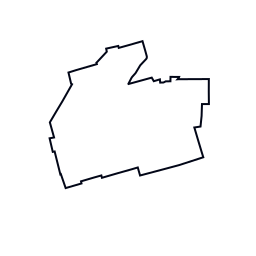 outline of San Vicente, Buenos Aires, Argentina, rotated 31°
{"feature_id": "61730980B97946268235834", "entity_name": "San Vicente", "entity_type": "district", "adm_level": 2, "iso_a3": "ARG", "parent_name": "Argentina", "parent_adm1": "Buenos Aires", "projection": "mercator", "projection_center": [-58.438, -35.081], "detail": "fine", "context": "isolated", "style": "outline", "palette": "ink", "viewbox_px": 256, "rotation_deg": 31, "n_neighbors": 0, "source": "geoboundaries", "source_scale": "gbopen_adm2", "svg_char_len": 1008}
<svg xmlns="http://www.w3.org/2000/svg" viewBox="0 0 256 256"><g transform="rotate(31 128 128)"><path d="M116.7,199.5L115.2,197.9L124.5,187.8L129.6,182.4L131.3,184.1L142.6,171.9L152.6,161.3L156.7,156.8L162.8,162.5L179.1,145.7L190.9,133.5L207.6,114.3L203.0,110.2L195.3,103.2L184.6,93.4L189.4,89.4L184.9,79.8L179.1,69.4L185.0,65.8L178.5,55.2L172.3,44.8L172.1,44.4L163.9,49.4L146.1,60.2L145.4,60.7L145.7,58.9L145.5,57.9L138.1,62.3L140.3,66.1L136.3,68.6L135.0,70.7L132.2,72.5L130.3,69.9L126.0,74.6L122.4,72.6L114.3,81.1L105.8,90.0L105.6,89.9L105.2,83.6L105.2,82.6L105.3,81.8L106.1,77.6L106.2,77.0L106.2,68.0L106.3,67.5L108.0,59.7L108.1,58.9L108.0,58.4L107.8,57.9L107.5,57.3L107.1,56.8L103.0,52.9L95.7,46.1L86.4,56.1L78.8,64.1L77.4,62.7L68.4,71.2L70.5,73.5L67.4,88.1L67.3,88.3L68.4,89.3L54.0,104.8L48.4,111.1L56.4,119.3L57.5,119.3L58.0,138.8L58.0,150.8L58.1,163.4L69.5,174.2L66.1,177.2L75.8,187.2L77.2,185.9L93.9,202.6L94.2,202.1L105.5,211.6L116.7,199.5Z" fill="none" stroke="#020617" stroke-width="2"/></g></svg>